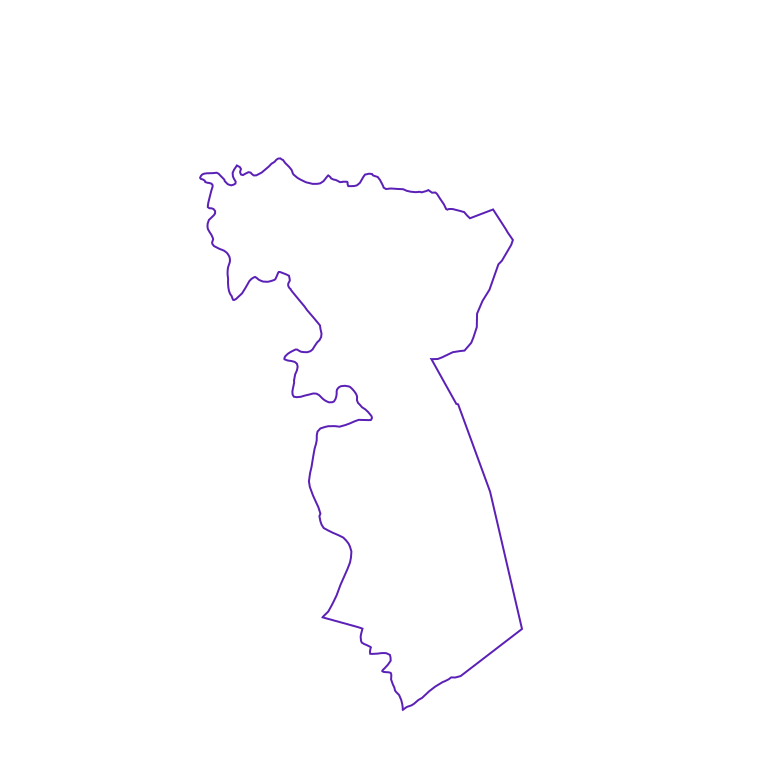 Belair, Anse-la-Raye, Saint Lucia (Robinson projection), rotated 51°
{"feature_id": "8701671B26789831471183", "entity_name": "Belair", "entity_type": "district", "adm_level": 2, "iso_a3": "LCA", "parent_name": "Saint Lucia", "parent_adm1": "Anse-la-Raye", "projection": "robinson", "projection_center": [-61.001, 13.953], "detail": "fine", "context": "isolated", "style": "outline", "palette": "violet", "viewbox_px": 768, "rotation_deg": 51, "n_neighbors": 0, "source": "geoboundaries", "source_scale": "gbopen_adm2", "svg_char_len": 5961}
<svg xmlns="http://www.w3.org/2000/svg" viewBox="0 0 768 768"><g transform="rotate(51 384 384)"><path d="M390.3,478.3L395.4,484.2L402.9,492.6L406.7,497.5L412.4,503.6L417.3,506.4L425.8,509.3L432.7,511.1L438.6,512.6L444.7,515.0L446.1,517.4L450.4,519.7L453.9,521.0L458.0,521.5L462.6,519.6L467.4,517.4L472.7,514.6L477.7,512.3L481.6,511.9L485.8,512.0L488.7,512.7L493.6,514.7L498.0,518.8L501.3,522.7L504.9,529.0L512.8,544.4L518.4,553.8L521.2,559.7L523.2,564.2L525.8,570.6L526.1,574.0L526.5,578.2L526.7,578.6L556.6,557.2L559.2,555.5L560.6,554.7L561.7,556.2L564.0,559.3L565.7,561.2L569.2,563.5L571.0,564.0L573.5,563.1L575.7,561.9L579.8,560.0L580.4,559.9L581.2,561.1L582.8,563.0L583.7,563.8L585.0,564.5L586.2,563.2L589.4,558.8L591.8,554.9L594.4,551.8L596.1,550.9L598.2,549.9L600.6,551.0L603.2,552.9L604.6,557.6L605.3,562.4L605.5,565.0L606.0,566.0L607.2,565.7L609.1,563.9L611.0,561.8L612.7,560.6L614.6,561.3L616.3,562.8L618.0,564.4L622.8,566.1L626.7,567.1L629.0,568.3L630.8,568.4L635.3,568.0L640.5,569.5L644.5,571.4L647.7,573.4L648.8,574.1L648.9,574.4L649.1,574.4L649.1,573.9L649.3,569.6L651.0,565.0L651.4,562.0L651.2,556.1L651.9,552.0L651.2,542.0L651.4,534.5L652.6,525.8L653.3,523.7L654.2,519.5L654.3,516.4L656.9,513.4L659.2,508.3L661.2,430.9L561.0,382.2L534.4,369.3L446.5,339.2L444.9,340.3L408.7,334.0L394.5,331.5L394.7,331.3L398.4,326.5L399.8,322.2L402.6,310.5L406.3,304.1L408.7,300.4L406.9,290.3L404.2,285.4L398.2,276.1L387.9,267.4L381.4,255.1L377.1,242.7L363.0,219.8L362.4,214.8L355.9,197.5L354.0,194.5L353.2,193.2L344.0,192.5L340.2,191.9L317.0,189.4L309.3,212.9L305.2,213.4L300.9,213.5L297.6,215.8L292.8,219.4L291.4,220.4L289.3,222.8L288.6,224.0L288.5,224.9L287.2,225.6L282.1,224.4L275.1,223.8L269.8,223.2L267.6,223.5L265.5,226.3L261.2,227.5L260.7,229.6L258.7,234.2L257.4,235.0L256.6,236.0L255.8,237.3L254.8,238.7L251.4,242.2L248.1,244.8L244.7,246.5L240.7,251.0L236.4,255.6L233.8,259.7L231.2,260.7L229.6,260.1L226.8,259.5L222.9,258.7L219.2,258.6L216.7,260.2L214.9,261.3L213.2,261.2L211.0,263.5L210.1,265.5L209.3,267.0L210.1,269.8L212.5,276.1L212.6,279.4L212.4,280.5L211.4,282.5L209.9,284.6L207.8,287.2L206.7,286.9L205.8,286.5L205.1,286.0L204.3,285.4L203.7,285.4L203.0,286.1L200.9,288.7L200.9,289.0L199.4,291.2L197.4,292.0L195.2,293.0L193.4,294.5L191.0,295.7L189.6,295.5L188.1,295.7L186.8,296.1L187.0,297.8L187.7,300.7L188.3,303.4L187.9,307.3L186.5,309.8L183.7,313.4L178.1,317.7L172.3,320.4L169.4,321.5L164.3,322.5L162.8,322.3L160.8,321.5L159.4,321.1L155.4,321.1L150.1,321.7L146.3,321.5L144.8,322.3L143.5,322.5L142.2,324.4L142.0,326.7L142.5,329.3L142.0,332.8L142.5,336.7L142.7,346.0L141.5,351.9L139.9,354.0L137.4,354.6L135.8,354.6L134.1,356.0L133.2,359.9L132.9,362.1L131.2,363.3L129.1,362.7L128.2,361.9L127.0,359.9L124.8,359.5L121.6,360.8L122.2,362.7L123.1,365.7L124.7,368.8L127.5,370.7L129.8,371.4L133.3,371.9L134.2,372.7L134.7,373.3L134.5,375.3L133.4,377.8L131.6,379.0L130.3,379.7L126.1,380.1L124.8,379.5L123.2,379.6L120.3,379.9L116.5,380.2L114.5,381.1L112.5,384.2L108.6,389.3L107.1,392.0L106.8,393.6L107.1,395.3L107.9,397.0L108.6,397.3L109.3,397.2L109.8,397.0L110.4,396.5L111.1,396.0L113.0,395.4L113.7,395.5L114.4,395.8L114.9,395.6L116.1,394.8L117.0,394.2L117.4,393.6L119.7,392.0L121.4,392.0L122.7,392.9L125.0,396.4L127.3,399.5L129.7,402.7L132.5,406.4L134.3,408.4L135.7,409.6L137.5,409.1L139.0,407.4L140.7,406.4L143.3,406.4L145.2,408.0L145.8,410.3L146.1,414.0L146.3,416.8L148.4,420.1L150.3,421.9L152.6,423.3L156.6,424.0L159.1,424.2L160.8,424.6L162.7,425.1L164.1,425.8L164.9,427.1L165.5,428.0L166.0,428.7L167.5,429.3L169.8,429.3L172.8,428.0L175.7,426.7L178.0,425.3L180.0,424.3L183.0,423.6L185.0,423.6L188.0,424.1L190.2,425.3L192.0,426.8L193.3,428.8L194.7,431.0L195.3,431.9L197.3,434.0L200.1,436.4L204.2,439.0L207.1,441.5L210.7,444.0L214.1,445.9L216.5,446.7L217.9,447.0L219.5,447.0L221.3,447.6L221.6,447.7L222.8,448.1L223.5,448.3L224.4,447.7L224.8,445.2L224.5,441.3L224.4,439.4L224.2,437.1L223.3,434.6L222.4,431.9L219.3,423.9L218.9,420.9L219.2,418.3L219.7,416.8L221.4,416.2L223.8,415.8L225.9,414.9L228.3,413.5L230.0,411.6L231.3,410.2L232.3,408.3L233.4,405.7L234.1,403.7L234.1,402.3L233.4,400.9L232.3,398.7L231.0,396.4L230.9,396.1L230.7,395.4L231.0,395.0L231.4,394.5L231.9,394.1L234.0,392.9L237.1,391.1L239.3,390.1L240.0,389.7L242.4,390.9L244.0,391.8L244.5,392.4L245.1,394.0L245.8,395.3L246.6,396.1L247.6,396.7L249.5,397.1L250.9,397.0L251.3,396.8L251.9,397.1L255.3,397.2L273.9,397.0L277.9,397.3L287.7,397.0L294.1,396.9L298.2,396.9L299.2,397.5L301.0,398.6L305.6,400.9L308.0,403.4L309.3,406.5L309.6,409.8L311.0,414.4L312.2,417.8L312.2,420.5L311.0,423.6L308.9,426.1L306.7,428.2L304.2,429.3L302.6,429.8L301.5,431.1L301.3,432.1L300.7,434.6L300.2,437.5L300.0,439.7L300.3,443.3L301.1,444.9L301.8,445.7L302.3,445.7L302.7,445.5L305.2,444.0L308.0,441.4L310.6,439.5L313.4,438.9L316.2,440.2L318.5,442.9L320.7,447.1L323.0,449.8L324.1,451.0L324.3,451.5L324.7,451.8L325.7,452.4L326.7,453.3L327.2,454.0L328.4,455.4L330.3,457.8L332.0,459.7L332.5,460.2L334.6,461.6L335.2,461.8L335.7,461.9L337.3,462.0L337.8,461.5L339.5,459.9L340.3,458.6L341.5,456.9L341.7,456.4L342.7,453.9L343.8,451.5L345.3,448.4L346.3,446.1L346.9,444.9L348.3,443.3L349.3,442.4L352.0,441.4L355.0,441.1L357.5,440.8L360.2,440.0L362.2,439.1L363.7,438.2L364.7,436.9L365.6,435.7L366.1,433.9L365.2,431.3L363.8,429.1L361.9,427.0L360.1,425.6L358.8,424.1L358.3,422.2L358.2,420.5L358.8,418.5L360.8,415.5L363.7,412.9L365.1,412.2L368.0,411.8L370.8,411.7L373.9,411.9L376.3,412.6L377.4,413.3L378.1,413.9L379.5,415.2L382.4,416.1L385.1,415.8L388.2,415.7L391.9,414.5L395.5,414.0L400.9,413.9L402.3,414.4L403.1,415.1L403.7,416.9L402.3,418.8L400.9,420.4L395.9,426.3L394.5,430.4L393.2,435.1L391.8,439.3L391.7,439.6L389.2,445.4L385.9,448.6L381.7,453.9L380.3,456.8L378.5,461.4L378.6,461.9L379.0,464.7L379.1,465.5L379.6,466.2L380.7,467.5L381.6,468.6L381.9,468.8L382.9,469.6L383.1,469.8L384.4,470.9L385.4,471.7L386.2,472.7L386.9,473.5L387.8,474.6L389.3,476.8L390.1,477.9L390.3,478.3Z" fill="none" stroke="#5b21b6" stroke-width="2"/></g></svg>